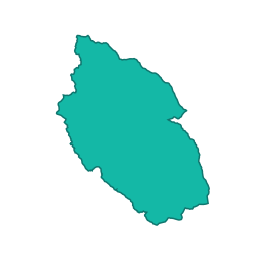 outline of Girardota, Antioquia, Colombia, rotated 168°
{"feature_id": "7082276B6763900439395", "entity_name": "Girardota", "entity_type": "district", "adm_level": 2, "iso_a3": "COL", "parent_name": "Colombia", "parent_adm1": "Antioquia", "projection": "robinson", "projection_center": [-75.429, 6.376], "detail": "fine", "context": "isolated", "style": "filled", "palette": "teal", "viewbox_px": 256, "rotation_deg": 168, "n_neighbors": 0, "source": "geoboundaries", "source_scale": "gbopen_adm2", "svg_char_len": 5783}
<svg xmlns="http://www.w3.org/2000/svg" viewBox="0 0 256 256"><g transform="rotate(168 128 128)"><path d="M188.7,146.0L188.1,145.4L187.6,144.3L187.1,144.1L186.9,143.4L186.6,143.2L187.0,142.3L186.8,140.9L187.6,140.7L188.6,139.9L188.4,139.4L188.3,138.0L188.1,137.2L187.9,137.3L186.8,135.2L187.5,133.5L186.4,131.3L186.4,130.1L186.0,129.1L186.4,128.0L185.9,127.4L185.6,125.9L186.9,125.5L187.7,124.8L187.3,123.8L186.5,123.8L185.6,123.4L185.7,122.8L186.3,121.6L185.4,120.0L185.0,120.0L184.5,119.1L185.1,118.7L185.2,118.3L185.3,117.8L185.4,117.0L185.0,116.2L185.1,115.9L184.8,114.9L184.8,114.6L184.3,114.5L183.8,114.2L182.5,112.7L182.0,111.8L181.7,111.6L181.7,111.3L182.0,111.1L182.1,110.3L182.3,110.0L180.8,107.9L180.4,107.7L180.1,107.0L180.0,106.4L180.0,104.4L180.2,103.5L180.0,102.8L179.4,101.5L178.9,100.9L178.3,99.3L178.0,97.6L177.5,96.6L176.4,95.2L176.1,94.6L175.7,94.2L173.9,94.5L173.6,94.4L173.6,94.0L173.3,94.0L172.9,94.4L171.8,93.6L171.3,94.7L170.5,95.0L170.2,95.0L169.1,95.9L166.7,96.6L164.5,96.1L164.0,95.4L164.0,95.1L163.2,94.3L163.0,93.8L163.0,92.3L163.2,92.0L163.3,91.4L163.2,89.0L162.8,88.4L163.3,88.0L163.2,87.0L164.0,86.3L164.3,85.5L164.3,84.9L163.5,84.1L162.3,81.8L162.0,80.6L160.5,79.8L157.9,76.5L157.2,74.8L156.5,74.2L156.2,74.2L155.3,73.2L154.7,72.8L154.2,70.7L153.7,70.5L153.4,70.0L153.2,69.9L152.2,70.2L152.5,69.8L152.5,69.4L152.0,68.9L151.9,69.2L151.7,69.1L151.6,68.3L151.3,67.9L149.2,66.8L148.3,66.1L147.8,65.4L147.3,65.0L147.1,64.5L146.4,64.1L145.1,62.8L144.6,61.2L144.2,60.5L143.2,59.7L142.5,58.7L141.0,57.8L140.5,56.9L140.6,56.3L140.5,55.6L139.7,54.9L139.1,53.8L139.2,52.3L139.5,51.6L139.4,51.0L139.0,50.1L139.2,48.5L138.7,48.0L138.4,47.2L137.8,46.5L137.4,46.3L136.6,45.3L136.2,45.1L135.9,44.6L136.3,44.3L136.3,44.2L135.5,43.5L135.2,43.1L134.3,42.8L134.0,43.2L132.3,43.0L131.8,42.7L130.3,43.5L129.0,42.2L128.3,42.2L127.2,41.7L129.8,39.5L129.9,38.6L129.0,37.0L128.9,35.6L128.1,33.6L127.4,33.2L125.7,31.4L125.0,31.3L124.5,30.9L123.9,30.1L123.6,29.1L122.4,28.7L120.3,27.2L119.4,27.0L117.3,28.3L111.0,28.5L109.0,30.0L107.6,31.5L106.5,31.7L105.3,31.0L104.3,30.8L102.4,30.1L99.5,28.5L97.7,27.6L96.9,27.4L95.1,27.4L94.4,27.9L93.7,29.2L93.7,30.3L94.1,32.2L94.0,32.5L92.4,33.6L91.6,34.4L89.0,37.8L88.4,37.8L87.9,37.3L87.3,37.0L85.9,36.7L84.6,35.8L82.8,35.7L81.9,35.4L81.6,35.4L81.2,35.7L80.3,37.0L79.0,37.0L76.0,37.6L74.7,38.4L74.0,38.5L70.3,37.6L67.5,37.4L65.3,37.6L64.8,44.8L64.4,45.6L62.9,46.8L62.5,47.6L62.1,48.8L62.1,50.6L61.4,51.3L61.2,52.2L61.6,55.4L62.4,57.9L62.8,60.7L64.2,62.7L64.5,63.4L64.7,64.9L64.5,68.6L64.2,70.3L64.2,71.4L64.6,73.1L64.2,74.0L64.4,74.9L64.9,76.0L65.0,77.6L65.4,78.2L65.3,79.1L65.8,80.2L65.6,81.2L64.9,83.2L64.4,84.0L64.2,85.2L63.5,86.5L63.4,87.1L64.0,89.2L64.1,90.6L63.7,91.7L63.8,93.5L64.1,94.0L64.7,94.4L64.9,94.9L64.5,97.4L64.7,97.7L65.3,98.1L65.3,99.5L65.9,100.4L65.9,101.8L66.1,102.5L66.5,103.0L67.9,104.0L69.3,104.2L69.6,104.6L70.0,105.7L70.2,106.7L70.8,107.9L70.7,109.9L71.3,110.8L71.9,111.4L72.9,113.4L74.5,114.4L74.7,116.2L75.7,117.0L75.6,119.1L76.0,120.3L76.8,121.0L77.7,121.5L78.7,122.6L80.2,122.7L81.0,123.2L81.7,124.2L82.3,124.4L83.4,124.6L84.1,125.0L85.2,126.3L86.1,126.8L87.0,127.7L84.2,128.1L82.3,128.2L81.1,129.2L80.7,129.3L80.1,129.1L77.4,126.7L76.4,126.6L75.0,127.5L73.5,128.0L72.7,129.3L71.1,130.7L69.5,131.9L67.2,132.7L67.1,133.0L68.1,133.9L69.6,134.6L70.0,135.0L70.9,137.2L72.1,138.4L73.1,140.2L73.5,141.7L74.1,145.7L74.9,148.0L75.3,150.1L75.4,151.8L76.5,154.7L76.7,158.4L77.0,159.4L78.1,161.3L78.3,162.3L78.7,163.1L79.4,163.7L81.7,164.4L82.4,164.8L84.1,167.0L84.5,168.1L85.1,169.3L85.1,170.1L85.4,170.6L86.0,171.3L87.4,173.8L89.1,175.6L90.1,176.1L92.3,176.5L93.2,176.9L94.7,178.0L95.8,179.2L97.4,180.4L98.7,182.3L99.5,182.8L101.0,183.4L101.9,184.8L102.7,186.7L103.0,189.1L103.3,189.5L103.9,190.0L104.6,190.9L105.1,192.4L105.5,193.1L106.5,193.7L107.6,194.6L108.8,194.6L111.9,195.3L115.6,195.2L117.6,195.8L119.6,195.8L120.6,196.7L122.0,197.1L122.6,201.1L123.0,202.2L123.3,202.7L123.4,203.8L124.0,204.6L124.5,205.8L125.4,206.4L126.5,207.5L129.7,212.5L129.8,213.4L130.4,214.5L131.5,215.7L131.9,215.9L133.2,215.9L133.9,216.3L135.8,215.9L137.2,216.6L138.7,217.9L139.8,218.0L140.2,218.2L141.1,217.8L142.2,218.0L143.0,218.9L143.2,219.4L143.9,220.0L144.4,220.7L145.7,220.9L146.3,221.5L146.3,222.6L146.7,223.3L147.2,225.5L148.0,226.8L148.8,226.6L149.3,226.2L151.1,226.0L151.8,226.4L152.3,226.3L152.6,226.6L155.1,227.4L155.7,228.1L156.7,228.6L158.3,229.0L158.9,228.6L159.5,227.6L159.0,226.8L158.9,226.3L159.0,225.3L159.8,224.2L159.7,223.0L160.0,222.8L160.9,221.9L161.1,221.3L161.6,220.9L161.7,219.7L162.6,218.9L162.3,217.3L162.6,216.9L163.5,216.0L163.6,215.3L164.1,214.6L164.0,213.2L163.5,212.6L163.3,212.3L163.5,211.4L163.4,210.9L162.4,210.5L161.3,210.3L160.8,210.4L160.7,207.8L160.0,206.0L160.0,204.7L160.4,204.4L160.5,204.1L160.0,203.4L160.0,203.0L160.3,202.2L160.3,201.7L160.6,201.0L160.8,199.8L163.1,199.4L164.1,197.1L165.7,197.7L167.5,196.9L168.2,196.1L168.4,196.2L168.6,195.3L168.4,194.7L168.5,194.4L169.5,192.4L170.2,191.9L170.5,191.9L171.9,192.5L172.4,192.3L173.0,191.6L172.6,190.6L172.5,189.2L172.8,186.7L172.7,186.3L171.8,185.7L171.5,185.4L170.6,183.2L170.5,182.3L170.1,181.8L170.2,181.5L171.1,180.6L171.5,179.9L171.2,178.5L171.3,177.5L170.8,176.7L170.7,176.2L170.9,176.1L171.0,174.8L171.2,174.6L171.4,174.6L171.8,173.5L172.7,173.5L173.8,174.3L174.8,174.1L175.8,173.6L176.6,172.7L177.0,172.8L178.4,172.2L179.8,172.2L180.5,172.6L182.7,172.9L184.4,173.7L184.4,171.7L184.6,171.1L185.0,170.4L187.8,168.2L190.2,167.3L190.9,166.7L191.2,166.2L191.4,165.3L191.4,164.7L191.1,163.8L191.1,162.8L191.5,160.2L192.0,159.5L194.2,158.3L194.8,157.4L194.8,157.0L194.5,156.4L191.1,154.5L190.4,153.8L189.2,152.1L186.8,149.7L187.1,148.9L188.1,147.7L189.1,146.9L188.7,146.0Z" fill="#14b8a6" stroke="#0f766e" stroke-width="1.5"/></g></svg>